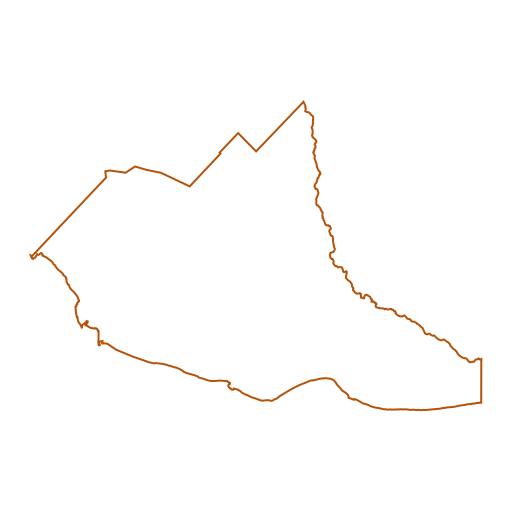 Coronel de Marina L. Rosales, Buenos Aires, Argentina
{"feature_id": "61730980B45528536534389", "entity_name": "Coronel de Marina L. Rosales", "entity_type": "district", "adm_level": 2, "iso_a3": "ARG", "parent_name": "Argentina", "parent_adm1": "Buenos Aires", "projection": "equal_earth", "projection_center": [-61.809, -38.816], "detail": "fine", "context": "isolated", "style": "outline", "palette": "amber", "viewbox_px": 512, "rotation_deg": 0, "n_neighbors": 0, "source": "geoboundaries", "source_scale": "gbopen_adm2", "svg_char_len": 6036}
<svg xmlns="http://www.w3.org/2000/svg" viewBox="0 0 512 512"><path d="M30.7,255.4L31.9,258.4L33.1,258.9L33.3,258.3L35.2,257.6L35.4,257.0L37.1,254.8L37.2,254.3L37.9,254.8L38.7,254.8L41.0,253.0L41.3,253.0L42.6,254.5L42.3,255.3L42.6,255.7L46.2,257.3L52.0,261.7L52.7,262.5L53.3,264.0L54.8,265.0L55.1,265.8L56.4,267.6L58.2,269.7L61.7,272.6L63.0,274.0L63.4,275.1L65.9,277.2L65.9,278.0L66.3,278.6L66.2,279.0L66.5,279.5L66.6,282.0L67.6,283.5L67.8,284.5L69.0,285.0L69.7,287.4L71.2,289.5L74.3,292.5L76.7,295.5L77.7,297.2L78.1,298.8L78.8,299.8L79.1,300.8L79.0,301.3L78.3,301.4L78.0,302.3L77.3,302.8L77.3,304.2L76.8,304.3L76.3,305.0L76.2,305.6L76.3,306.4L75.5,306.9L76.0,312.9L76.9,317.1L77.3,317.0L78.1,321.0L78.7,322.4L80.7,325.1L81.9,328.3L82.1,325.3L85.8,322.3L86.6,321.1L87.7,321.3L87.8,321.8L87.3,323.0L86.3,324.3L85.5,324.4L85.6,325.3L86.7,325.6L90.0,327.6L91.2,328.0L92.0,328.0L93.7,328.6L94.2,328.5L94.7,328.1L96.0,328.6L96.4,328.4L97.4,329.3L97.4,329.9L98.6,330.9L98.6,331.4L98.2,331.5L98.6,333.0L98.5,340.2L98.3,342.2L98.8,345.3L99.8,345.1L99.0,341.7L102.5,341.0L102.5,342.2L102.1,343.2L102.3,343.6L103.2,343.3L107.3,343.7L116.1,349.7L132.3,356.4L148.6,362.1L153.7,363.4L156.0,363.1L162.7,363.9L167.4,365.0L168.9,365.7L170.4,365.9L173.8,367.1L176.9,367.8L181.9,370.2L183.7,371.8L186.4,373.0L194.1,375.1L198.1,376.6L198.8,377.6L203.5,378.8L207.4,380.2L211.6,381.1L220.6,380.6L227.0,381.1L227.8,381.5L227.8,381.9L229.0,382.2L229.5,383.1L230.0,383.2L230.0,383.9L228.9,384.3L228.4,385.2L228.3,386.1L229.7,388.1L230.8,388.6L231.8,389.7L233.2,389.7L233.3,389.2L233.9,389.0L234.0,388.6L237.6,389.6L240.9,391.5L241.6,392.5L245.7,394.7L247.9,395.4L251.9,397.4L254.9,398.2L260.1,400.2L262.2,400.7L266.8,400.2L268.9,400.3L270.9,400.8L272.3,400.7L275.3,399.0L276.7,398.6L279.9,396.0L291.8,388.9L299.2,385.2L310.6,380.6L312.6,380.3L312.8,380.5L320.2,378.7L322.2,378.4L323.4,378.6L324.0,378.3L326.0,378.2L330.8,378.8L333.7,380.2L335.9,382.6L336.1,383.4L337.6,385.3L339.8,387.5L342.1,390.5L346.1,393.1L347.9,394.8L348.7,397.0L348.5,397.8L348.9,398.1L349.7,398.1L353.3,399.6L353.9,399.2L354.4,399.6L354.8,399.2L356.9,399.9L363.4,403.6L365.4,403.9L368.6,405.1L370.6,406.2L374.4,407.4L379.5,408.2L380.6,408.7L382.0,408.7L384.1,409.4L385.0,409.2L388.1,409.7L389.8,409.4L392.3,409.6L401.6,409.3L402.0,409.5L403.0,409.3L404.4,409.5L404.9,409.3L408.1,409.5L409.4,409.9L414.0,409.7L417.0,410.1L418.0,409.8L421.1,410.2L423.2,409.9L424.3,410.1L439.7,408.7L443.6,407.9L444.7,408.0L445.8,407.6L454.8,406.7L459.8,405.6L465.5,404.8L467.3,404.3L471.6,404.0L472.2,403.6L474.4,403.6L476.8,403.0L480.0,402.8L480.3,402.4L481.2,402.6L481.3,359.0L480.1,359.5L478.5,358.5L478.1,359.2L475.6,359.6L473.8,361.8L472.7,361.7L471.5,362.1L469.7,362.2L468.6,361.4L466.8,358.9L465.1,358.1L463.6,358.1L461.0,356.7L459.1,355.3L457.8,353.8L456.6,351.7L454.3,349.4L453.3,348.9L451.1,346.4L450.6,346.1L450.1,344.7L449.5,343.7L448.0,342.3L445.8,340.9L444.4,339.7L443.2,339.5L442.1,340.1L440.4,340.3L438.0,339.0L436.2,337.6L434.7,335.9L434.0,335.5L432.5,335.7L430.5,334.6L429.7,333.7L428.1,333.9L427.2,334.4L425.6,333.8L425.0,333.4L422.5,327.9L420.4,326.4L420.1,325.7L418.7,324.6L416.8,323.6L416.3,322.8L415.3,322.3L414.3,321.8L411.8,321.4L411.3,321.0L410.2,319.3L408.3,319.1L407.3,318.6L404.8,315.6L404.2,315.5L402.2,316.5L401.3,316.3L400.3,316.5L398.3,315.7L396.0,313.8L395.5,313.1L395.7,312.5L395.3,312.2L395.3,311.3L393.9,310.9L393.2,309.8L391.8,309.7L391.4,309.0L390.5,308.9L388.0,309.6L385.9,308.7L385.3,308.8L384.9,309.3L383.7,308.5L379.5,308.2L376.2,307.2L375.6,306.1L375.9,304.9L376.3,304.5L376.3,303.4L375.6,303.3L375.1,302.7L374.5,302.7L374.3,302.0L373.6,301.8L373.1,301.3L371.9,301.8L371.5,301.7L371.9,299.4L371.3,299.3L370.8,299.0L370.5,297.6L370.1,296.9L366.7,294.8L365.5,294.9L364.3,296.5L364.2,297.7L363.9,298.3L360.9,297.5L360.8,297.1L361.1,296.2L360.7,294.7L360.9,294.0L359.9,293.2L359.3,293.5L358.2,293.4L356.7,293.7L355.6,293.0L354.3,291.7L354.0,291.0L353.2,290.5L353.0,289.3L353.4,288.8L353.2,288.1L352.9,287.7L352.8,287.1L352.3,286.9L352.0,286.2L351.8,284.1L350.1,281.6L347.9,280.2L346.2,278.2L345.8,277.4L346.7,273.3L346.7,271.6L346.3,271.2L344.1,272.2L343.4,271.9L343.1,271.4L343.0,270.2L342.5,269.4L342.5,268.3L341.8,267.3L339.8,267.1L338.4,267.4L337.8,267.1L336.7,266.1L336.0,266.3L335.3,265.9L334.2,264.8L333.3,263.3L333.6,261.1L333.2,260.2L332.5,258.9L331.6,259.0L330.9,258.0L330.3,257.6L330.0,255.3L330.3,253.1L330.7,252.7L331.4,252.7L332.6,252.1L333.3,252.0L334.8,249.5L334.8,248.6L334.3,247.7L333.0,241.3L333.1,239.7L332.8,237.0L332.3,236.1L330.7,235.4L330.7,234.8L330.2,234.0L329.3,231.3L329.3,230.4L330.9,228.8L330.7,228.0L329.8,226.1L329.1,225.7L328.7,225.8L328.3,225.3L327.7,225.2L326.7,225.4L325.9,225.1L325.3,224.1L324.1,220.8L323.7,220.5L323.4,219.8L323.5,218.8L322.4,217.8L322.8,216.7L322.3,215.7L322.6,213.8L322.6,212.7L322.4,212.0L321.5,211.3L321.4,210.5L320.7,209.6L320.4,208.4L319.5,207.2L318.7,206.5L318.1,205.6L316.7,205.1L316.2,202.9L316.4,201.0L316.2,198.5L316.7,197.9L317.9,194.9L318.4,192.7L317.3,189.4L316.8,188.9L316.0,189.1L315.5,188.8L315.0,187.3L314.5,186.9L314.5,185.9L315.1,184.2L316.1,183.2L317.1,180.8L317.5,178.2L318.5,177.5L319.1,175.1L320.0,174.6L319.8,174.0L320.4,173.6L320.3,173.1L319.9,172.6L319.8,171.7L318.1,170.0L317.3,167.5L316.8,167.0L316.8,165.7L316.2,162.8L314.6,158.7L314.5,157.7L315.0,155.8L313.6,153.9L313.6,152.8L313.3,152.3L313.8,152.1L314.0,150.5L314.5,150.0L314.6,148.6L314.8,148.1L315.4,147.8L315.5,147.3L315.5,145.7L314.7,144.3L315.4,142.9L315.9,142.7L316.4,141.4L316.3,140.7L314.1,138.4L312.7,137.4L312.6,136.7L312.0,135.4L312.7,134.1L312.4,133.2L312.7,132.2L312.7,130.9L312.1,128.5L311.6,127.6L312.7,125.6L312.7,124.4L313.0,123.3L312.8,122.1L313.3,117.4L312.6,115.8L311.5,115.3L309.9,113.2L308.7,112.3L306.7,112.0L305.2,111.1L305.8,109.1L305.8,108.6L305.3,107.8L305.5,106.2L303.5,101.8L256.1,151.4L238.1,133.1L219.6,152.6L220.5,153.6L189.7,186.4L161.0,172.8L146.6,169.9L135.1,166.5L125.6,172.7L109.9,170.5L105.3,171.3L106.0,177.6L32.1,256.0L30.7,255.4Z" fill="none" stroke="#b45309" stroke-width="2"/></svg>